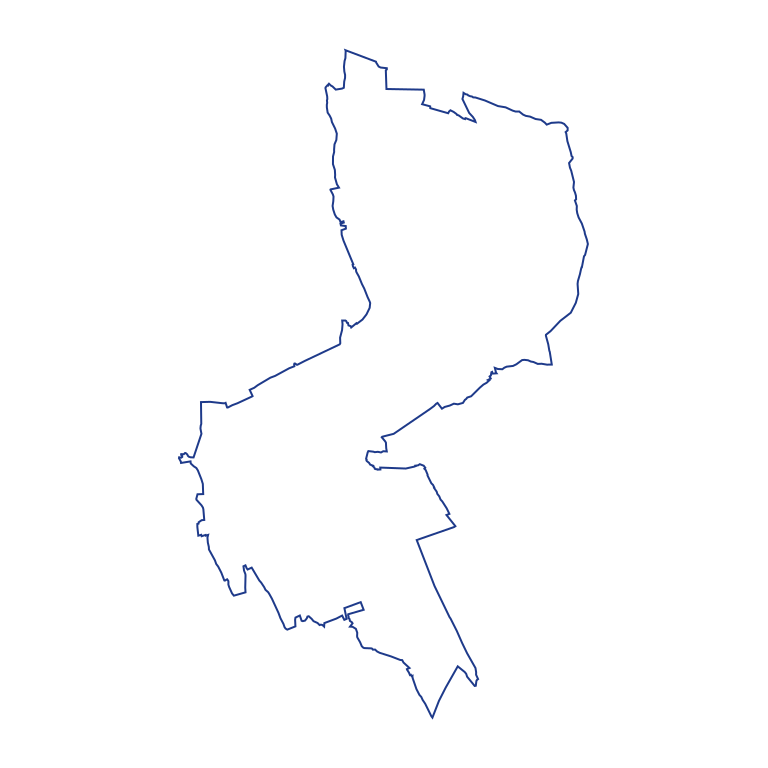 the district of Ion Neculce, Iasi, Romania, rotated 179°
{"feature_id": "2599482B15077063893597", "entity_name": "Ion Neculce", "entity_type": "district", "adm_level": 2, "iso_a3": "ROU", "parent_name": "Romania", "parent_adm1": "Iasi", "projection": "mercator", "projection_center": [27.043, 47.198], "detail": "fine", "context": "isolated", "style": "outline", "palette": "blue", "viewbox_px": 768, "rotation_deg": 179, "n_neighbors": 0, "source": "geoboundaries", "source_scale": "gbopen_adm2", "svg_char_len": 6123}
<svg xmlns="http://www.w3.org/2000/svg" viewBox="0 0 768 768"><g transform="rotate(179 384 384)"><path d="M363.1,92.5L362.2,92.8L361.5,91.5L360.6,91.8L360.7,90.8L360.4,89.2L356.9,78.4L354.0,72.5L352.2,70.5L350.9,67.5L348.4,63.6L342.5,51.1L341.4,49.6L334.6,66.2L327.6,79.4L315.2,100.4L308.3,94.6L306.9,92.8L306.0,89.9L298.6,80.5L297.5,80.7L296.8,85.5L296.2,86.5L295.1,87.3L297.0,91.7L296.9,94.2L297.5,98.4L305.6,113.3L310.5,123.9L315.5,135.8L321.6,148.4L322.5,149.7L337.0,181.1L354.0,227.4L316.3,239.8L315.1,240.6L323.8,251.9L320.9,253.0L323.5,258.6L327.8,265.6L329.5,267.5L330.7,270.7L332.6,273.2L333.2,275.4L335.8,279.3L335.5,279.6L336.8,282.3L338.4,283.9L342.1,291.8L342.0,292.6L343.8,297.2L345.1,298.6L344.2,299.5L345.7,301.6L349.6,303.2L351.3,302.1L353.9,301.8L353.7,301.4L355.4,300.8L363.7,299.1L389.2,300.5L389.1,298.6L391.8,298.5L391.8,298.8L394.1,299.1L394.7,299.4L395.1,300.7L396.6,302.0L396.3,302.5L399.2,303.6L400.3,305.4L402.6,307.3L403.0,308.3L402.7,308.9L403.2,309.6L401.5,315.9L400.8,317.2L395.8,316.5L394.4,316.0L391.3,316.3L388.2,315.6L385.9,316.8L382.4,316.5L382.9,319.7L383.1,325.3L383.8,326.6L387.2,330.8L386.7,331.3L375.2,334.0L338.3,358.3L334.4,361.1L332.2,363.3L330.8,364.1L326.5,358.3L323.7,360.0L318.6,361.3L314.5,363.1L310.5,362.4L305.4,363.7L303.4,366.7L302.0,367.7L301.0,369.0L297.1,370.2L288.2,378.7L284.6,381.7L281.4,383.4L278.7,385.8L279.8,386.3L277.2,387.6L278.3,389.7L277.0,390.6L276.4,393.9L275.7,394.2L275.4,392.5L271.3,392.7L271.8,393.4L272.9,398.2L269.9,397.0L265.4,396.7L263.4,398.2L261.0,399.2L254.7,399.8L251.3,401.4L245.5,405.5L243.2,405.7L239.5,405.2L236.8,403.9L234.2,403.4L229.9,401.4L226.1,401.5L220.7,400.5L215.9,400.5L217.7,413.3L218.1,414.3L219.1,420.9L221.3,429.5L221.2,430.4L216.4,434.1L206.6,444.1L196.0,452.0L190.8,461.8L188.2,470.6L188.7,480.7L188.3,483.6L186.2,490.3L184.9,495.8L184.4,497.3L184.1,497.3L181.8,508.2L180.7,509.5L177.7,520.4L178.7,525.0L180.5,530.7L180.8,532.9L183.4,541.0L186.5,547.1L187.8,551.4L188.3,554.9L188.1,558.6L189.9,564.2L188.7,565.3L188.8,568.9L189.7,572.2L190.7,574.6L191.2,577.1L190.5,582.7L193.1,594.0L194.3,597.1L195.1,601.7L191.5,606.1L191.4,607.5L192.5,608.7L193.2,612.5L196.4,623.6L197.4,631.3L198.0,632.7L196.0,634.3L195.9,636.9L199.3,640.9L202.1,642.2L204.8,642.5L212.1,642.2L216.8,640.5L218.6,642.5L222.4,645.4L227.8,646.3L233.3,648.8L237.5,649.6L240.2,650.9L244.1,654.1L247.6,654.1L250.6,655.1L257.6,658.5L265.2,659.9L278.1,665.7L287.7,668.9L289.8,669.0L291.0,669.9L292.7,670.2L294.8,671.1L295.5,671.9L297.3,672.3L299.4,673.7L299.8,670.3L300.6,667.6L294.1,653.5L290.5,649.5L288.5,646.3L287.9,644.4L297.7,648.4L298.3,648.1L298.4,647.5L300.4,648.1L304.7,651.3L306.3,651.8L306.7,652.6L309.6,654.8L312.8,656.5L314.2,655.3L315.1,653.6L332.9,659.0L333.0,660.8L341.0,663.1L339.0,667.3L338.4,671.4L338.4,672.8L339.1,677.6L376.4,678.9L376.7,697.6L375.7,698.5L375.7,699.7L381.9,700.5L383.8,701.5L386.2,705.5L386.4,706.4L416.7,718.4L416.5,717.8L416.9,710.5L417.8,707.6L418.5,701.9L418.2,697.1L417.5,693.7L417.6,690.7L418.5,687.1L419.0,680.9L420.8,680.1L427.1,679.2L430.3,682.4L432.0,683.4L433.8,685.2L434.8,684.1L434.8,683.4L435.5,683.5L437.2,681.6L437.4,680.9L435.8,672.6L435.7,669.8L436.1,668.7L435.9,666.1L436.3,664.2L436.3,661.5L435.6,656.3L433.7,653.4L432.2,650.3L431.5,646.8L428.4,640.2L426.8,635.1L427.4,628.8L429.3,624.5L429.8,619.4L429.8,616.8L431.0,612.4L431.2,604.7L429.4,598.9L429.2,593.8L429.4,591.4L427.6,584.5L425.6,581.1L434.0,579.5L434.2,579.1L431.8,574.4L431.2,572.3L431.5,567.7L432.3,562.9L431.7,559.2L430.2,554.3L428.6,551.4L425.6,549.2L424.6,546.6L421.7,547.4L421.4,546.1L424.7,545.1L424.3,543.3L419.5,542.6L419.4,540.0L423.8,538.5L423.7,533.9L422.0,528.1L412.6,504.2L413.3,503.9L413.0,502.2L412.1,500.3L411.0,500.9L409.9,498.9L410.0,497.7L409.6,496.3L407.3,492.0L404.3,484.3L402.1,479.8L398.9,471.2L396.9,466.7L396.4,465.2L397.0,460.4L400.3,453.9L404.4,448.8L410.0,444.7L410.5,445.3L415.8,441.1L416.3,442.4L418.5,443.2L419.0,445.7L419.9,445.8L420.7,447.6L421.4,448.1L424.7,448.2L424.4,444.5L425.0,438.6L427.1,431.1L427.0,425.5L427.6,424.4L462.7,408.5L470.2,404.8L470.7,404.7L472.5,406.0L473.2,406.0L473.5,405.4L473.3,403.3L478.5,401.4L492.7,394.0L497.5,392.3L510.3,385.0L513.8,382.5L518.4,380.5L515.6,374.2L516.2,373.8L530.9,367.3L536.0,365.5L540.6,363.2L541.3,363.3L542.7,367.9L543.6,367.5L545.8,367.6L558.2,369.2L567.3,369.1L567.4,347.3L568.0,345.4L568.3,342.7L567.4,337.4L575.7,313.9L578.7,314.1L580.4,314.7L581.4,315.7L581.9,317.0L583.5,318.4L584.1,318.5L585.4,317.3L588.0,317.4L588.1,316.7L587.0,315.5L587.0,314.6L588.0,313.9L590.1,314.3L590.3,313.4L588.5,310.0L588.3,308.6L578.8,310.0L578.6,307.9L575.6,305.0L573.1,303.3L571.6,300.8L568.3,292.1L566.9,287.3L566.7,277.1L572.4,277.0L573.7,272.4L573.5,271.5L568.6,265.9L567.2,263.6L566.8,261.9L566.1,251.2L568.7,251.0L571.7,249.0L571.9,247.6L573.1,247.3L573.1,244.2L572.3,235.6L569.4,236.4L569.0,235.0L565.0,236.2L564.8,235.5L562.5,236.2L563.2,233.5L562.9,228.5L562.0,224.2L561.9,221.6L556.1,210.6L554.9,207.0L553.0,204.4L550.0,198.3L547.1,190.4L546.5,190.2L544.3,191.5L543.2,190.0L543.0,189.0L543.1,186.2L542.4,183.8L539.6,177.3L537.8,175.0L526.1,178.1L526.3,182.9L525.8,194.8L525.9,196.3L527.2,199.9L527.7,204.2L525.7,205.1L524.5,202.1L523.6,200.9L519.5,202.7L512.1,189.7L510.3,187.6L507.3,182.9L506.1,180.3L503.4,177.8L502.2,175.8L499.8,171.3L493.5,157.0L491.6,151.6L488.7,145.8L487.7,142.7L486.7,141.2L485.0,140.1L476.8,143.2L477.0,149.8L476.6,152.0L472.2,154.0L470.5,148.7L469.3,148.3L467.1,148.8L465.3,151.0L464.6,152.8L463.3,153.1L460.4,150.4L458.6,148.1L454.6,146.2L452.6,144.1L451.3,144.5L449.8,144.1L448.1,142.5L447.8,146.0L435.7,150.3L429.9,153.2L427.8,148.9L425.5,149.8L427.5,160.6L411.1,166.3L408.3,158.6L423.8,154.4L423.9,153.3L423.5,152.3L423.4,150.5L422.6,149.7L422.2,147.7L420.3,146.4L419.6,145.3L422.2,142.0L419.7,141.8L416.4,139.7L415.1,135.8L415.3,132.3L415.1,131.1L412.4,126.2L410.8,122.2L409.3,120.7L408.3,120.3L401.4,119.9L400.5,119.6L399.8,118.6L397.5,118.6L395.6,116.7L393.0,115.3L381.7,111.5L372.6,107.8L370.6,107.6L369.4,105.2L363.5,99.6L366.1,98.5L366.0,98.1L364.1,95.0L363.1,92.5Z" fill="none" stroke="#1e3a8a" stroke-width="2"/></g></svg>